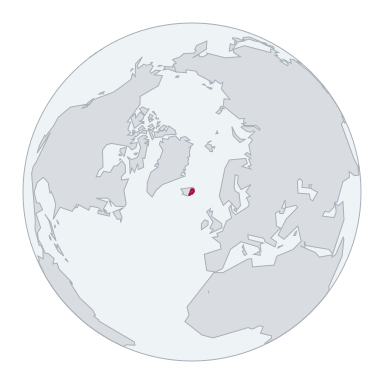 the Earth from above Austurland
{"feature_id": "ISL-695", "entity_name": "Austurland", "entity_type": "Region", "adm_level": 1, "iso_a3": "ISL", "parent_name": "Iceland", "parent_adm1": "", "projection": "orthographic", "projection_center": [-15.126, 64.88], "detail": "fine", "context": "on_globe", "style": "filled", "palette": "rose", "viewbox_px": 384, "rotation_deg": 0, "n_neighbors": 0, "source": "natural_earth", "source_scale": "10m", "svg_char_len": 11999}
<svg xmlns="http://www.w3.org/2000/svg" viewBox="0 0 384 384"><circle cx="192" cy="192" r="169" fill="#eef3f6" stroke="#a8b0b8"/><path d="M45.7,276.5L38.4,261.2L39.5,260.8L37.9,256.0L43.2,258.8L43.0,250.2L41.4,246.1L39.2,245.3L35.1,229.8L35.3,220.6L31.6,173.6L33.2,166.6L36.2,162.0L50.4,132.4L37.1,153.2L39.7,144.9L44.7,135.3L45.4,136.6L53.6,125.9L58.0,117.6L70.4,107.1L85.9,104.4L82.3,108.2L86.4,107.3L91.2,102.6L93.3,99.7L113.9,92.0L130.9,79.5L132.5,73.4L135.1,76.7L135.5,63.9L142.3,56.8L137.0,66.3L138.2,68.4L144.0,64.1L146.5,65.4L150.7,64.2L153.2,66.2L149.9,71.8L151.4,73.3L155.4,70.2L160.4,70.5L154.3,74.7L162.4,75.7L158.3,85.8L140.1,96.4L140.0,104.4L127.2,121.9L130.6,122.2L127.9,129.4L130.8,132.5L127.6,135.1L132.7,135.3L135.1,132.4L138.2,131.6L140.1,133.2L136.3,136.7L134.8,136.4L134.7,138.3L132.0,139.4L134.5,139.8L129.6,144.0L137.3,142.3L135.8,147.7L131.8,149.9L128.6,146.4L111.3,143.4L106.3,144.9L102.5,150.2L103.0,167.1L99.0,170.3L96.2,176.9L100.1,176.6L103.7,171.3L110.2,172.5L113.8,166.1L116.9,165.8L122.1,160.8L125.2,165.2L125.5,172.3L121.4,176.7L121.4,180.1L128.5,178.9L123.9,190.5L126.2,203.9L124.6,206.7L115.7,206.2L107.7,198.1L96.2,198.3L107.6,202.0L103.3,209.1L104.3,212.0L106.8,214.0L110.0,212.8L109.4,216.1L97.9,213.5L98.2,210.4L101.9,211.2L98.1,207.6L90.3,206.2L88.8,210.2L78.6,204.7L77.4,207.5L74.5,208.0L77.2,203.8L72.2,211.4L60.1,207.2L53.2,219.4L55.7,204.6L54.0,198.1L51.2,191.4L50.0,193.2L48.1,182.4L43.3,177.3L37.1,182.5L34.1,192.1L36.7,203.1L39.5,202.9L42.6,209.8L35.9,213.4L40.6,227.7L37.5,232.8L38.3,239.6L41.7,245.1L44.9,252.9L48.7,253.8L54.2,258.7L52.8,263.9L57.0,263.1L59.2,269.2L71.1,281.6L69.8,281.9L79.5,297.6L92.5,309.9L95.5,315.3L93.7,316.1L98.8,319.9L98.9,321.1L121.1,334.2L134.2,341.8L134.9,345.2L126.2,344.8L123.7,346.5L120.5,345.1L109.0,339.2L98.1,332.4L87.6,324.9L77.8,316.5L68.7,307.5L60.2,297.8L52.6,287.4L45.7,276.5ZM91.4,56.3L91.7,56.0L89.9,57.4L91.4,56.3ZM93.8,54.5L93.1,55.0L93.9,54.4L93.8,54.5ZM95.3,53.5L94.2,54.2L95.4,53.4L95.3,53.5ZM97.3,52.1L96.2,52.8L96.3,52.8L97.3,52.1ZM50.6,222.2L56.1,240.9L50.9,233.8L52.2,234.4L51.3,228.9L48.8,220.3L44.8,214.2L50.6,222.2ZM100.6,49.9L101.5,49.4L100.6,50.0L100.6,49.9ZM57.7,222.7L56.6,219.8L58.0,222.2L57.7,222.7ZM93.8,98.3L91.0,102.4L85.8,106.3L87.8,102.7L93.8,98.3ZM104.1,91.6L103.5,93.7L98.9,94.1L100.7,92.8L104.1,91.6ZM133.0,68.9L130.3,71.5L132.1,68.6L133.0,68.9ZM150.8,63.7L150.8,62.6L153.0,62.4L150.8,63.7ZM120.0,158.7L121.0,159.7L119.5,160.1L120.0,158.7ZM121.3,155.6L118.9,155.4L119.1,153.9L120.6,154.1L121.3,155.6ZM158.8,65.4L162.4,65.6L158.2,66.4L158.8,65.4ZM124.2,156.3L119.9,151.3L120.4,148.7L126.5,147.3L124.2,156.3ZM164.0,66.4L172.6,67.0L173.4,64.5L176.2,72.0L167.9,68.9L162.7,70.1L165.0,68.1L164.0,66.4ZM135.0,130.8L132.6,134.0L132.8,129.9L135.0,130.8ZM134.4,128.4L130.8,117.3L135.4,113.5L135.7,117.9L140.2,112.0L144.2,115.6L142.7,119.7L138.9,121.3L143.3,121.5L134.4,128.4ZM176.4,76.2L177.9,77.3L175.6,77.2L176.4,76.2ZM139.4,131.0L138.3,129.0L142.2,125.6L145.2,128.9L143.0,128.9L139.4,131.0ZM139.4,108.8L142.8,106.9L147.1,109.3L149.0,108.9L144.7,115.4L139.4,108.8ZM143.1,130.5L146.6,130.7L146.5,133.8L140.8,132.7L143.1,130.5ZM141.9,123.3L143.9,121.9L143.8,123.7L141.9,123.3ZM148.3,145.3L146.9,142.8L148.8,140.8L148.3,145.3ZM147.9,130.6L147.9,129.5L148.5,128.5L150.8,129.3L147.9,130.6ZM148.0,116.7L149.0,118.1L149.9,114.1L153.1,115.9L149.7,119.9L152.5,118.9L153.5,119.5L149.6,122.2L148.0,116.7ZM154.9,127.0L151.6,133.0L153.9,137.8L152.3,139.7L148.9,131.6L154.9,127.0ZM152.1,123.9L153.4,126.2L150.7,127.3L148.2,126.4L152.1,123.9ZM156.5,115.6L152.5,111.9L153.4,111.2L156.5,115.6ZM156.1,128.2L156.8,126.8L156.5,128.4L156.1,128.2ZM157.0,119.2L155.4,118.0L156.5,117.2L157.0,119.2ZM159.6,125.0L158.6,126.8L156.8,126.3L159.6,125.0ZM158.8,122.1L160.6,121.3L156.8,124.9L158.0,121.7L158.8,122.1ZM158.2,118.7L158.3,117.8L158.7,119.3L158.2,118.7ZM166.9,126.2L162.5,130.9L158.6,129.5L163.4,125.2L166.9,126.2ZM339.0,108.7L340.7,112.0L342.6,115.4L343.9,118.0L343.4,117.0L341.6,115.6L345.2,123.6L343.3,121.2L341.3,124.1L345.7,135.9L353.8,158.4L357.6,166.0L359.1,175.0L354.4,175.7L349.2,171.5L349.4,177.4L342.9,181.6L337.2,202.2L334.7,202.2L334.0,207.2L329.1,212.1L324.7,211.4L322.5,216.1L334.0,217.6L336.1,212.4L335.5,203.6L338.5,205.7L342.9,201.6L344.0,219.8L332.7,254.1L328.9,249.4L305.8,245.5L304.9,242.4L304.7,242.2L304.3,241.8L305.0,247.5L300.1,245.9L315.4,252.5L319.2,257.1L332.6,254.8L332.0,257.1L335.5,254.8L343.2,237.3L343.9,239.5L342.0,256.3L328.8,286.8L329.0,290.3L326.2,294.6L318.0,304.6L309.0,313.9L299.4,322.5L289.1,330.3L278.3,337.3L266.9,343.4L264.9,343.4L271.5,338.1L271.4,335.8L260.5,333.2L263.1,326.7L259.5,325.7L252.4,329.1L247.9,327.6L243.4,329.0L213.0,337.9L202.0,335.0L184.9,321.6L189.1,315.1L186.9,307.1L213.9,272.6L223.0,272.6L248.0,259.0L251.7,258.7L252.4,266.9L274.1,265.1L276.8,256.2L292.8,249.6L301.2,241.3L297.8,225.9L284.0,239.3L278.1,235.1L286.2,219.1L297.7,207.3L295.7,205.4L285.5,207.7L285.1,200.0L281.6,208.0L285.3,208.4L283.2,213.6L279.7,213.5L279.7,210.8L275.4,213.1L276.5,226.1L280.4,228.0L270.9,238.0L276.5,242.1L275.0,246.9L265.1,241.8L263.7,238.2L247.8,234.7L248.4,239.4L263.5,243.1L260.1,244.2L261.0,251.0L257.7,246.7L241.2,241.7L230.6,249.2L222.4,268.7L215.2,272.0L206.7,270.6L204.3,254.3L220.9,249.0L220.3,243.5L212.4,237.4L218.1,236.4L216.9,233.4L222.7,231.0L226.4,221.1L231.6,217.9L228.8,207.9L231.1,204.9L232.1,211.6L235.6,214.7L248.1,206.8L249.2,203.4L246.4,197.6L250.2,196.3L245.8,191.8L250.9,184.6L241.1,189.6L237.5,183.3L238.2,175.9L235.3,174.8L234.1,187.0L235.2,191.1L239.0,193.2L240.5,205.6L237.2,209.7L228.9,200.4L223.3,205.3L219.3,196.2L224.9,168.3L229.4,160.0L245.8,158.4L247.3,163.5L242.0,166.5L250.8,169.0L248.2,166.2L251.3,165.3L248.7,159.3L250.8,158.3L244.7,154.4L247.0,152.5L250.8,155.1L248.8,145.0L252.4,140.0L251.0,138.2L248.4,137.7L254.7,131.8L253.3,130.7L250.7,132.3L246.4,131.2L241.1,127.2L243.6,125.4L245.8,126.6L254.2,126.5L259.7,130.2L260.2,129.0L255.9,125.4L245.7,125.5L241.9,123.6L246.6,122.8L244.6,123.0L243.4,121.5L244.6,118.4L239.3,118.9L223.3,105.9L224.0,98.8L229.9,99.4L221.4,89.1L222.8,82.3L220.4,83.7L214.7,80.0L214.2,82.0L212.6,82.4L197.7,74.4L196.1,71.2L187.0,69.8L185.7,70.5L186.4,72.7L176.2,72.0L173.4,64.5L176.3,63.2L172.5,59.6L179.7,57.1L183.9,53.5L194.0,53.2L196.4,50.6L194.7,49.5L196.7,45.4L206.9,41.0L206.4,49.2L192.5,57.8L198.9,54.6L199.8,56.8L203.5,56.6L207.7,54.3L206.8,53.1L225.5,57.9L240.4,56.7L233.7,52.7L233.2,49.4L244.4,45.7L270.8,52.6L270.4,49.2L272.8,49.2L278.6,52.5L275.2,52.5L277.7,55.7L275.0,55.4L283.0,61.1L279.4,60.8L287.5,65.6L288.4,64.0L282.6,58.9L291.2,63.4L290.0,59.1L293.9,59.8L309.5,71.7L319.4,82.3L320.9,83.6L322.7,86.7L328.3,93.6L327.8,91.5L339.0,108.7ZM208.6,290.6L208.8,293.3L208.6,290.6ZM312.7,200.8L317.7,192.2L310.5,188.3L311.8,184.8L308.9,184.8L309.9,188.1L302.0,187.4L302.4,181.1L299.3,178.6L297.4,181.4L298.0,193.1L309.4,194.0L310.3,199.3L312.7,200.8ZM71.5,282.0L72.7,284.4L70.7,282.5L71.5,282.0ZM49.1,235.0L50.7,238.0L51.3,240.4L49.8,238.4L49.1,235.0ZM65.8,258.6L68.2,262.1L65.2,259.4L65.8,258.6ZM57.2,243.6L63.8,256.0L58.1,251.3L54.1,243.5L57.4,247.5L57.2,243.6ZM54.8,224.7L55.6,227.0L54.6,227.5L54.8,224.7ZM58.8,224.4L58.3,223.8L58.3,222.0L58.8,224.4ZM104.0,209.3L104.9,209.6L107.0,212.1L105.1,211.9L104.0,209.3ZM122.1,217.4L120.7,222.6L120.3,218.7L117.3,219.4L112.9,212.2L123.5,207.7L119.5,210.9L122.1,217.4ZM109.9,201.6L111.5,206.5L109.3,201.3L109.9,201.6ZM204.7,219.8L208.1,221.1L208.0,225.2L201.4,229.8L201.4,223.8L204.7,219.8ZM213.0,221.9L206.6,211.7L210.5,208.6L209.4,212.0L212.6,211.0L211.7,216.3L221.6,223.6L222.1,227.7L209.6,233.6L213.4,229.3L209.8,228.3L213.0,221.9ZM183.5,193.0L180.8,189.0L192.7,187.3L193.9,191.2L187.4,195.9L182.1,194.1L183.5,193.0ZM135.8,155.0L134.0,154.0L135.1,153.0L137.5,153.0L135.8,155.0ZM147.5,144.3L144.8,158.5L142.6,158.0L143.7,167.2L138.3,169.6L137.8,163.5L134.4,172.3L131.8,167.8L130.2,174.0L129.6,160.2L127.1,156.6L131.9,159.6L137.0,157.6L138.4,155.6L140.6,147.4L137.7,138.9L142.2,135.7L146.1,135.7L147.5,137.2L144.2,138.8L148.4,139.7L144.6,143.2L147.5,144.3ZM189.9,140.1L185.4,140.8L193.3,144.2L189.5,147.3L190.7,147.5L189.4,151.4L189.8,156.5L187.5,157.4L188.7,159.0L187.8,161.7L188.6,164.2L184.9,166.8L185.5,170.2L183.4,169.4L185.5,174.6L182.3,171.9L180.9,175.3L184.8,176.1L162.7,184.5L156.0,190.4L152.1,197.0L147.0,191.7L147.3,182.4L150.9,172.1L158.1,167.2L154.5,165.9L156.9,163.2L158.8,165.4L157.3,160.4L159.8,158.8L162.9,150.3L159.3,144.4L160.4,141.2L163.0,142.8L162.3,138.5L168.0,139.4L168.9,137.2L175.4,135.9L180.0,140.4L180.6,137.6L185.6,136.6L189.9,140.1ZM168.8,126.0L175.2,130.4L176.2,134.3L164.4,134.9L162.8,136.8L155.3,137.5L153.9,131.9L156.2,132.2L158.1,131.2L157.8,133.3L159.5,130.8L162.7,131.2L164.8,129.4L166.3,131.3L168.8,126.0ZM253.8,254.3L256.2,253.3L259.7,251.0L260.3,255.3L253.8,254.3ZM242.4,251.1L244.4,249.6L246.9,254.3L244.3,255.4L242.4,251.1ZM243.3,244.9L244.3,249.2L242.2,247.5L243.3,244.9ZM233.7,210.0L235.5,208.1L236.5,209.2L236.5,211.8L233.7,210.0ZM212.6,151.7L209.8,151.3L209.8,150.1L205.1,146.2L207.5,143.7L211.3,145.1L212.6,151.7ZM296.7,230.5L295.6,235.4L293.7,235.5L294.5,233.8L296.7,230.5ZM278.0,246.9L283.3,245.0L278.1,248.1L278.0,246.9ZM214.4,148.3L212.2,147.0L214.8,146.6L214.4,148.3ZM209.0,141.7L211.7,140.8L207.3,143.0L209.0,141.7ZM357.8,165.9L358.7,166.0L359.3,170.0L357.8,165.9ZM322.4,84.9L325.2,88.6L324.5,88.0L320.5,83.1L322.4,84.9ZM296.9,60.8L299.6,62.2L301.1,63.3L301.1,63.8L296.9,60.8ZM231.9,126.6L235.8,134.6L240.2,139.1L245.3,139.3L239.9,142.6L233.1,135.7L231.9,126.6ZM224.2,108.6L219.8,108.6L220.5,106.5L221.6,106.2L224.2,108.6ZM222.4,110.1L219.2,114.1L216.0,112.7L219.1,109.8L222.4,110.1ZM217.1,131.0L218.0,133.5L215.9,133.8L217.1,131.0ZM267.0,43.9L266.1,44.3L262.4,42.4L264.1,42.6L267.0,43.9ZM249.6,37.0L261.1,42.0L270.2,46.6L268.8,45.2L273.4,46.6L273.9,48.5L265.5,45.0L259.1,41.6L255.4,41.2L249.0,39.1L246.2,40.0L242.6,39.3L243.2,37.5L249.6,37.0ZM245.3,40.6L238.1,42.1L232.4,38.8L232.7,37.7L238.4,38.4L241.1,40.1L245.3,40.6ZM234.7,41.6L237.1,43.3L231.8,50.5L229.2,51.2L230.3,43.7L232.7,44.9L235.0,43.9L234.7,41.6ZM178.9,76.0L178.0,77.2L177.5,75.8L178.9,76.0ZM212.4,83.6L210.2,83.9L209.7,82.2L212.4,83.6ZM203.8,83.9L205.9,85.6L202.6,84.5L203.8,83.9ZM210.9,89.4L206.3,86.6L212.1,88.2L210.9,89.4Z" fill="#d9dde1" stroke="#a8b0b8" stroke-width="1"/><path d="M192.6,188.7L192.6,188.8L192.6,189.0L192.4,189.2L192.4,189.3L192.3,189.5L192.5,189.4L192.8,189.4L193.0,189.3L192.9,189.5L193.0,189.6L192.9,189.7L192.9,189.8L192.7,190.0L192.8,190.0L192.8,189.9L193.0,189.7L193.1,189.8L193.1,189.7L193.3,189.8L193.5,189.8L193.6,190.0L193.8,190.0L193.8,190.3L193.8,190.5L193.7,190.5L193.5,190.8L193.4,190.8L193.6,190.8L193.8,190.7L193.9,190.8L193.8,191.0L193.7,191.0L193.4,191.0L193.5,191.0L193.8,191.0L193.7,191.2L193.8,191.2L193.8,191.3L193.9,191.2L194.0,191.1L194.0,191.3L194.0,191.5L193.9,191.5L193.7,191.7L193.4,191.4L193.4,191.5L193.1,191.5L193.5,191.6L193.8,191.8L193.7,191.9L193.4,191.9L193.6,191.9L193.7,192.0L193.4,192.2L193.4,192.3L193.4,192.5L193.1,192.5L193.0,192.4L192.9,192.3L192.9,192.2L192.8,192.3L192.9,192.5L193.0,192.5L192.9,192.6L192.9,192.8L192.7,192.8L192.8,193.0L192.9,192.9L193.0,192.8L192.9,193.0L192.8,193.3L192.7,193.4L192.5,193.5L192.5,193.4L192.4,193.5L192.2,193.7L192.3,193.7L192.3,193.8L192.2,193.8L192.1,193.7L192.0,193.8L191.9,193.7L191.9,193.8L191.9,193.7L191.7,193.7L191.6,193.4L191.6,193.5L191.7,193.8L191.4,193.9L191.2,194.0L191.3,194.0L191.2,194.1L190.9,194.2L190.8,194.3L190.7,194.4L190.6,194.5L190.4,194.6L190.5,194.6L190.4,194.7L190.3,194.8L190.2,194.9L190.3,194.8L190.1,195.0L189.9,195.0L189.7,195.0L189.6,194.9L189.6,195.0L189.4,195.2L189.1,195.2L189.1,194.7L189.1,194.4L189.8,193.2L190.0,192.7L190.1,192.4L190.1,192.2L190.1,191.9L190.4,191.8L190.4,191.7L190.5,191.6L190.6,191.4L190.7,191.1L190.7,190.9L190.8,190.8L190.9,190.7L190.7,190.4L190.8,190.3L190.8,190.2L190.9,189.9L191.3,190.0L191.3,189.9L191.3,189.7L191.3,189.4L191.6,189.4L191.7,189.2L191.8,189.2L192.0,189.0L192.0,188.9L192.5,188.9L192.6,188.7Z" fill="#f43f5e" stroke="#9f1239" stroke-width="1.5"/></svg>